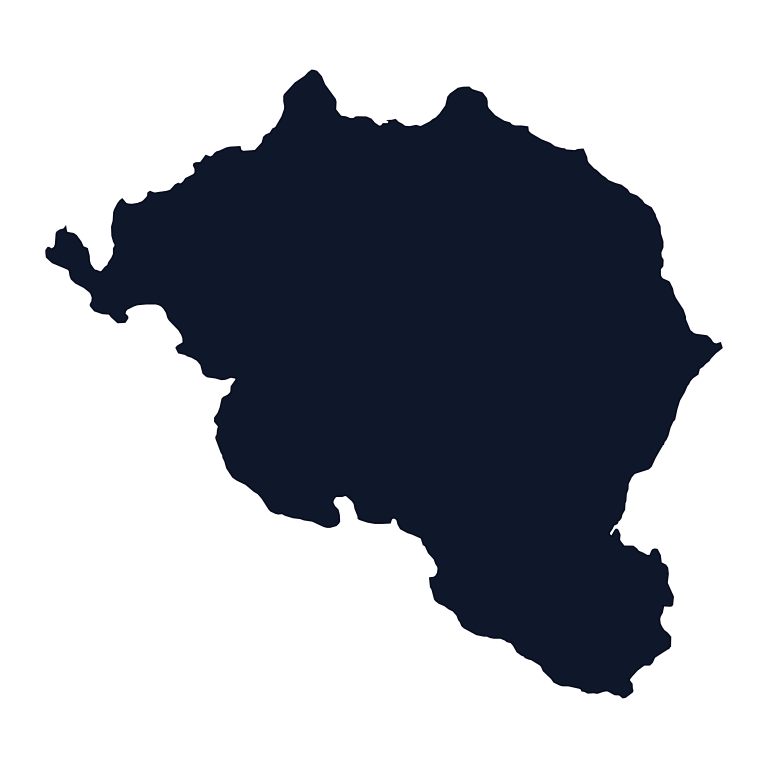 outline of Perez Zeledon, San José, Costa Rica
{"feature_id": "36466004B81779324435882", "entity_name": "Perez Zeledon", "entity_type": "district", "adm_level": 2, "iso_a3": "CRI", "parent_name": "Costa Rica", "parent_adm1": "San José", "projection": "orthographic", "projection_center": [-83.71, 9.337], "detail": "fine", "context": "isolated", "style": "filled", "palette": "ink", "viewbox_px": 768, "rotation_deg": 0, "n_neighbors": 0, "source": "geoboundaries", "source_scale": "gbopen_adm2", "svg_char_len": 6073}
<svg xmlns="http://www.w3.org/2000/svg" viewBox="0 0 768 768"><path d="M352.3,500.7L354.3,503.6L355.3,508.9L358.2,516.1L358.3,518.3L359.4,519.2L367.6,521.9L374.9,523.2L381.7,523.2L390.1,522.8L391.3,519.0L392.4,518.1L394.2,517.8L396.0,518.7L397.2,520.2L398.1,524.0L400.6,528.6L407.8,532.5L412.0,533.8L421.4,538.0L423.4,544.5L425.5,545.9L428.6,552.7L434.3,559.0L436.0,563.7L437.9,566.5L438.3,568.4L437.7,573.0L436.1,575.9L433.9,577.5L429.8,578.0L430.7,586.9L432.2,589.4L434.7,599.1L435.7,600.5L438.9,603.0L444.7,605.5L448.9,608.7L453.2,610.8L457.2,615.4L458.8,619.8L460.4,621.8L462.0,625.7L464.2,627.7L476.5,634.4L483.9,635.9L487.1,635.9L489.9,637.2L493.9,638.0L500.7,638.0L505.4,640.0L507.0,641.4L511.1,642.5L513.5,645.2L517.2,651.8L521.7,655.0L524.1,655.9L525.3,657.4L528.8,658.9L531.2,659.3L540.3,664.9L541.7,666.6L543.5,670.8L551.6,678.5L554.0,682.0L560.3,685.0L562.8,685.6L568.4,685.6L579.3,688.0L581.0,688.7L582.1,690.8L584.6,691.2L587.9,692.9L593.5,692.5L597.3,693.1L603.0,691.2L606.1,690.6L608.0,690.8L614.8,694.5L619.4,694.7L622.8,697.6L625.3,697.2L632.3,691.9L632.7,690.8L632.1,688.5L631.9,684.1L629.1,680.5L629.3,679.1L631.7,676.0L637.2,670.0L644.0,664.9L649.7,664.8L652.2,662.3L654.5,657.2L667.8,648.6L668.7,648.5L669.3,647.0L670.3,646.4L670.5,637.0L667.5,633.4L663.8,630.5L661.3,626.7L660.0,623.7L659.4,619.1L660.1,616.2L662.1,612.7L663.5,605.7L670.8,606.0L671.8,605.5L672.4,604.6L673.2,596.8L667.0,583.0L668.1,573.7L667.4,567.9L665.7,565.3L661.0,562.9L660.1,555.3L657.1,549.6L654.7,549.2L652.9,549.8L651.8,551.2L650.2,555.5L647.2,555.7L642.3,553.0L638.5,551.5L636.4,548.9L633.1,546.4L624.0,546.3L620.0,541.3L619.3,539.6L619.8,534.8L617.9,530.3L617.0,529.5L616.1,529.4L615.3,530.2L611.7,536.4L610.1,535.5L609.2,533.6L609.3,532.5L612.1,528.4L613.5,525.2L617.1,523.4L618.1,520.8L619.5,519.9L621.0,517.6L621.7,514.4L624.4,509.6L624.7,503.2L625.6,500.9L626.1,493.7L627.7,489.3L628.0,483.6L631.2,476.9L634.3,473.3L648.5,468.7L651.0,466.4L655.1,457.5L662.6,444.5L663.3,444.3L664.0,441.8L665.9,439.4L667.8,435.3L669.9,427.4L672.7,421.3L674.5,419.4L676.7,409.0L679.4,400.2L684.1,392.1L686.9,385.6L688.4,383.8L689.8,380.9L692.7,377.6L697.8,374.1L699.2,368.5L702.7,366.2L705.1,363.5L709.0,360.5L710.1,358.5L715.4,352.9L721.9,347.8L720.4,342.9L716.6,344.2L713.9,343.6L712.3,342.2L710.2,338.9L706.9,336.0L695.8,334.5L693.4,333.6L689.8,330.5L685.2,319.2L685.3,316.9L682.9,309.9L675.3,298.3L673.2,293.4L672.3,288.7L669.4,282.7L668.7,281.8L662.6,279.1L661.3,277.8L660.2,275.4L660.1,269.0L662.6,266.0L662.9,260.0L661.0,256.9L660.6,252.4L662.7,247.3L662.7,241.5L660.2,233.5L659.8,226.4L655.2,216.3L655.1,214.9L651.2,207.9L644.1,203.9L641.8,200.6L636.8,196.2L629.5,193.4L627.2,189.9L621.2,185.4L615.0,183.6L608.0,180.7L605.2,178.0L601.5,175.6L596.4,170.7L593.7,169.0L588.0,163.0L586.9,160.5L586.5,157.3L583.1,149.3L577.8,149.7L575.2,150.9L565.7,150.2L564.7,149.1L561.3,148.7L554.5,146.8L550.0,143.5L541.2,140.0L530.6,133.8L528.1,131.2L527.6,127.0L521.2,126.2L514.8,126.2L511.5,125.0L509.6,123.0L503.9,121.4L494.7,115.8L488.1,108.6L487.0,105.8L487.0,101.5L486.3,98.5L482.1,93.0L471.9,89.8L469.0,87.3L462.9,87.5L458.1,88.5L450.5,94.0L448.0,97.0L446.0,105.7L439.9,114.3L436.1,118.1L432.7,119.9L430.5,121.9L420.7,126.9L416.0,125.6L409.9,126.9L404.8,126.5L401.7,124.2L398.1,122.4L395.5,119.7L391.5,120.6L388.5,120.7L389.1,121.1L388.7,123.3L387.7,123.9L383.1,123.9L381.5,126.1L379.0,126.4L374.4,123.2L371.1,119.3L366.3,117.2L357.2,117.0L355.5,117.3L353.8,118.8L350.1,118.8L345.7,117.0L341.6,116.6L340.4,116.0L335.4,109.6L335.8,101.9L335.1,99.2L324.4,84.5L321.3,76.7L316.7,71.5L314.0,70.6L311.7,70.4L308.5,72.8L305.1,76.4L295.3,83.0L284.6,94.7L284.0,96.3L284.0,101.4L284.9,105.9L284.8,109.1L282.1,116.8L275.8,127.6L272.8,129.1L270.2,133.3L266.0,135.1L263.8,137.2L262.3,142.9L255.2,150.7L243.2,151.6L240.8,150.4L239.9,146.8L230.0,147.4L226.6,148.1L219.6,151.3L216.9,152.0L215.0,153.4L212.9,156.0L210.4,157.3L205.9,155.6L200.6,162.8L195.6,163.0L193.9,164.0L193.7,165.6L195.2,168.6L195.3,171.5L195.0,173.1L193.8,174.7L185.7,178.7L183.7,181.8L181.4,183.9L179.4,184.1L178.3,183.5L175.5,184.9L170.5,190.4L166.6,191.6L154.4,193.3L149.9,191.6L148.0,193.1L147.9,195.9L146.8,197.6L143.5,201.0L142.1,202.0L137.5,203.7L131.7,204.6L127.6,204.2L125.7,203.4L122.2,199.1L120.2,200.7L118.0,203.5L114.7,209.9L113.9,212.4L113.4,220.8L111.8,226.7L112.1,235.7L113.8,241.7L115.2,244.3L115.2,246.1L113.7,248.4L113.7,254.0L111.9,258.2L108.9,262.5L107.9,265.4L105.1,267.5L101.8,271.6L100.0,272.1L96.8,270.7L94.8,270.4L93.6,269.3L90.1,264.3L89.2,260.5L89.0,255.9L87.2,248.6L83.0,246.9L80.9,242.1L76.2,235.6L73.4,233.7L67.1,232.6L66.3,231.4L65.6,226.9L63.9,229.1L59.9,230.2L57.3,231.9L56.4,233.4L55.6,244.3L54.6,247.3L51.7,249.3L48.8,247.6L47.9,247.7L46.1,250.3L46.1,252.8L46.6,257.1L52.4,262.5L67.9,269.0L69.5,270.7L70.2,275.6L71.5,279.0L75.8,283.0L84.1,287.3L89.9,291.9L91.1,293.6L92.5,297.6L92.1,301.4L90.5,304.3L90.6,305.9L94.6,310.7L102.5,313.4L109.3,313.9L111.3,316.6L117.8,322.5L125.0,322.1L127.6,318.2L127.5,316.6L124.7,313.8L125.4,311.0L126.9,309.1L133.5,305.8L137.4,304.5L146.6,303.7L155.8,303.7L159.1,304.6L161.7,306.0L163.9,308.3L166.6,312.6L168.0,317.6L169.3,319.8L178.8,329.7L181.9,334.6L183.1,338.2L183.3,342.8L177.6,346.1L176.2,347.8L178.6,352.7L185.5,354.3L187.3,355.6L191.9,357.1L197.3,360.2L201.0,364.7L203.2,373.3L206.0,375.8L207.8,376.7L215.4,377.7L221.4,379.4L225.1,379.1L230.9,377.0L236.1,378.0L236.1,379.9L231.4,386.5L231.1,391.5L230.2,393.3L227.7,395.5L223.6,397.5L222.2,399.0L220.4,407.5L218.3,413.1L214.8,417.9L214.8,421.5L218.8,426.4L217.7,429.9L217.3,434.9L216.1,436.8L216.1,438.4L221.4,452.5L223.0,455.0L223.1,457.3L225.0,461.2L227.0,468.2L232.9,477.1L237.3,480.1L245.8,484.2L254.2,491.2L258.1,493.5L262.3,498.4L269.0,508.9L270.8,510.9L275.7,513.2L278.3,513.8L282.1,513.4L285.2,515.1L293.2,517.5L300.1,518.3L304.1,519.7L312.4,520.9L323.9,526.3L326.9,527.1L330.1,527.1L336.1,525.4L338.6,522.9L339.4,521.4L339.1,515.0L337.9,510.0L334.4,506.4L332.6,502.6L333.2,499.8L335.6,496.3L342.5,496.2L344.5,495.3L346.5,495.5L352.3,500.7Z" fill="#0f172a" stroke="#020617" stroke-width="1.5"/></svg>